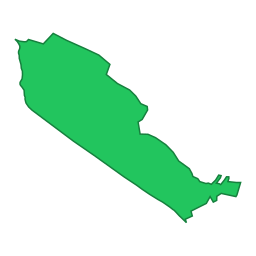 the district of Karakul, Bukhoro, Uzbekistan
{"feature_id": "79887680B39876155507460", "entity_name": "Karakul", "entity_type": "district", "adm_level": 2, "iso_a3": "UZB", "parent_name": "Uzbekistan", "parent_adm1": "Bukhoro", "projection": "albers", "projection_center": [63.154, 39.851], "detail": "fine", "context": "isolated", "style": "filled", "palette": "green", "viewbox_px": 256, "rotation_deg": 0, "n_neighbors": 0, "source": "geoboundaries", "source_scale": "gbopen_adm2", "svg_char_len": 1285}
<svg xmlns="http://www.w3.org/2000/svg" viewBox="0 0 256 256"><path d="M53.2,33.4L43.3,43.9L28.5,39.5L26.5,41.6L24.4,41.8L19.3,41.1L15.5,39.5L15.4,39.7L16.2,40.4L17.5,41.8L18.9,44.1L19.7,45.7L19.9,47.0L19.7,48.6L18.6,51.3L18.5,53.0L19.2,55.3L19.3,58.6L19.7,59.8L21.0,64.6L21.3,68.2L22.4,71.1L22.5,74.9L22.1,78.8L20.1,82.3L20.0,84.1L20.5,85.3L22.0,87.1L24.1,90.2L24.4,95.4L25.2,97.4L25.0,99.0L25.6,101.6L26.1,103.2L28.7,107.0L32.1,110.2L73.8,141.4L94.1,155.4L124.1,176.9L136.5,185.1L142.2,189.3L149.6,194.3L158.0,199.5L162.5,202.0L170.0,207.2L172.9,209.5L174.2,210.3L179.7,216.2L180.2,216.6L186.4,222.6L185.3,219.2L192.3,216.0L191.0,211.1L206.3,203.4L210.1,196.6L213.3,202.1L216.7,200.4L216.8,196.3L221.2,193.4L235.9,196.6L236.9,195.0L240.6,182.5L236.5,182.5L227.9,181.6L228.9,178.4L228.8,176.8L226.5,176.8L224.4,180.0L220.7,184.6L219.1,183.7L216.4,183.2L220.4,177.8L221.1,175.6L218.7,175.1L215.6,180.1L211.3,184.3L208.4,183.1L205.9,183.5L199.8,181.6L197.8,178.7L192.9,176.5L191.9,173.4L189.3,168.7L178.7,161.0L173.2,152.3L166.0,144.9L155.6,137.7L148.0,134.3L140.1,134.1L138.1,122.0L142.2,119.4L147.6,110.0L147.2,106.5L140.8,103.7L135.8,96.1L129.6,90.0L117.4,83.5L106.3,74.5L109.9,64.4L98.9,55.1L84.8,48.5L66.5,40.3L53.2,33.4Z" fill="#22c55e" stroke="#15803d" stroke-width="1.5"/></svg>